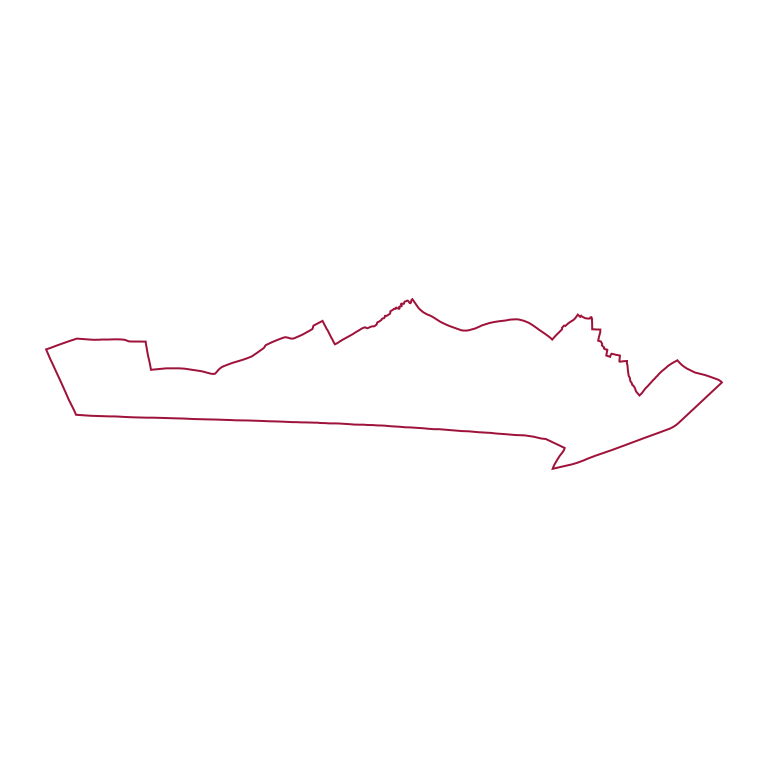 outline of Bang Kruai, Nonthaburi, Thailand
{"feature_id": "78962969B85979697822456", "entity_name": "Bang Kruai", "entity_type": "district", "adm_level": 2, "iso_a3": "THA", "parent_name": "Thailand", "parent_adm1": "Nonthaburi", "projection": "mercator", "projection_center": [100.434, 13.813], "detail": "fine", "context": "isolated", "style": "outline", "palette": "rose", "viewbox_px": 768, "rotation_deg": 0, "n_neighbors": 0, "source": "geoboundaries", "source_scale": "gbopen_adm2", "svg_char_len": 6010}
<svg xmlns="http://www.w3.org/2000/svg" viewBox="0 0 768 768"><path d="M420.1,309.6L418.4,307.8L417.6,306.7L415.8,304.1L412.4,299.2L411.7,299.8L411.5,300.1L411.3,300.6L410.9,302.5L410.6,303.0L410.3,303.2L410.0,303.2L409.8,303.1L409.3,302.5L408.9,302.0L408.1,300.9L407.9,300.7L407.7,300.6L407.2,300.6L406.1,301.2L405.0,301.5L404.7,301.7L404.3,302.2L404.2,302.4L404.1,303.4L404.0,303.6L403.8,303.8L403.5,303.9L403.1,303.9L401.6,303.6L401.4,303.7L401.1,303.9L401.0,304.2L401.0,304.5L401.7,305.6L401.7,305.8L401.7,306.0L401.3,306.3L399.8,306.5L399.4,306.6L399.2,306.8L399.1,307.0L399.5,307.9L399.5,308.1L399.5,308.4L399.3,308.7L399.0,308.8L398.7,308.7L397.9,308.3L397.1,308.3L396.9,308.1L396.4,307.7L396.2,307.6L395.7,308.0L395.6,308.6L395.5,308.8L395.0,308.9L394.1,308.8L393.9,308.9L393.6,309.1L392.9,309.8L391.4,310.7L390.7,311.0L390.4,311.3L390.3,311.6L390.3,312.7L390.2,313.2L390.0,313.6L389.6,314.0L386.8,315.8L386.3,315.9L385.2,315.8L384.9,315.9L384.8,316.1L384.8,316.9L384.7,317.3L384.5,317.7L384.3,317.9L383.9,318.2L382.9,318.4L382.1,318.8L381.8,319.1L381.5,319.8L381.3,320.0L378.9,321.7L378.6,321.9L377.9,322.1L377.6,322.3L377.2,322.7L377.0,323.1L376.7,324.5L375.2,325.6L374.6,326.1L374.0,326.3L372.6,326.3L370.9,326.7L367.6,328.2L367.0,328.2L366.2,327.9L365.3,327.4L364.9,327.3L362.8,328.1L361.7,328.6L358.9,330.4L356.2,331.9L354.7,332.9L353.0,334.0L344.0,339.0L341.8,340.2L340.8,340.9L339.9,341.4L338.5,342.4L337.3,343.1L335.0,344.3L334.5,343.6L334.0,342.8L332.5,339.7L331.4,337.8L330.5,336.1L327.6,330.2L326.5,328.7L325.6,326.7L324.4,324.7L323.6,322.9L322.5,320.9L319.3,322.6L313.8,325.5L313.6,325.6L313.3,326.0L312.9,327.7L312.6,328.5L312.4,328.8L312.3,329.1L311.7,329.5L303.1,334.3L300.8,335.4L294.8,338.0L293.8,338.4L293.1,338.6L291.2,338.6L290.7,338.5L288.0,337.7L286.1,337.3L285.5,337.2L284.4,337.4L282.5,338.0L278.2,339.6L272.0,342.2L268.8,343.7L266.3,344.9L265.7,345.3L265.4,345.5L265.2,345.8L264.4,347.3L263.8,348.0L257.1,352.8L254.0,354.9L251.8,356.4L250.1,357.1L247.3,358.2L245.4,358.9L241.4,360.2L232.1,363.0L223.4,366.3L220.9,367.7L218.8,369.5L215.3,373.5L214.3,373.9L211.3,373.8L206.0,372.4L203.2,371.6L200.8,371.1L184.8,368.7L178.6,368.3L166.7,368.3L151.0,369.8L150.8,368.6L149.9,363.9L148.8,358.9L148.1,356.1L147.3,351.7L145.8,343.0L145.7,341.6L131.7,341.5L129.1,341.4L128.1,341.1L126.6,340.5L125.4,340.0L124.8,339.8L120.3,339.4L115.0,339.3L109.2,339.5L101.5,339.5L100.2,339.7L94.3,339.8L90.3,339.6L76.8,338.6L76.3,338.8L68.4,341.4L57.1,345.4L50.8,347.8L47.0,349.1L46.1,349.4L47.1,351.7L49.0,356.1L50.1,358.8L52.2,363.1L57.9,375.5L59.7,379.3L65.7,392.6L68.5,399.1L74.1,410.3L75.6,413.8L76.1,414.8L91.5,415.8L109.9,416.4L114.1,416.4L119.0,416.6L125.5,417.0L132.9,417.3L147.8,417.7L154.1,417.7L177.8,418.4L185.2,418.6L192.5,419.0L208.0,419.4L217.2,419.6L231.9,420.1L235.6,420.3L248.6,420.5L257.6,420.8L262.9,421.0L269.5,421.3L275.3,421.4L283.5,421.7L291.7,422.1L295.1,422.1L302.3,422.4L305.2,422.4L316.1,422.7L317.5,422.7L320.3,423.0L324.9,423.1L327.7,423.3L329.7,423.4L334.7,423.4L339.0,423.5L346.8,424.0L351.3,424.3L354.7,424.6L363.7,424.7L367.7,425.0L373.3,425.1L376.9,425.4L384.0,425.6L391.4,426.3L398.8,426.7L405.6,427.3L410.0,427.4L423.8,428.3L428.5,428.8L434.2,429.2L439.4,429.2L462.1,431.1L468.6,431.3L478.3,432.2L487.1,432.7L490.9,432.9L495.9,433.5L500.1,433.8L504.5,434.1L515.1,435.0L524.9,435.4L533.6,436.7L541.1,438.5L545.8,439.0L564.7,448.0L564.2,449.5L563.7,450.4L563.3,451.2L562.0,453.0L559.6,456.0L557.1,460.0L554.4,464.7L553.2,467.3L552.7,468.8L559.5,467.2L571.8,464.4L574.9,463.5L577.5,462.7L584.2,460.2L586.6,459.1L588.6,458.3L594.9,455.9L599.8,454.2L612.0,450.0L631.4,442.8L644.8,437.8L658.6,432.8L666.4,429.9L669.7,428.7L671.7,427.7L673.4,426.8L675.1,425.7L676.4,424.8L678.1,423.4L705.2,398.1L707.4,396.0L720.8,383.5L721.9,382.4L721.0,381.5L720.0,380.8L719.0,380.1L717.7,379.5L715.8,378.8L712.5,377.6L705.3,375.1L702.9,374.5L700.1,373.8L694.9,372.5L686.8,368.5L684.4,366.9L682.2,365.3L680.3,363.5L678.5,361.6L677.4,360.3L671.8,363.4L668.8,365.4L667.7,366.2L666.3,367.5L663.3,370.0L661.8,371.2L659.2,373.7L657.3,375.9L655.7,377.4L654.6,378.8L653.3,379.9L650.4,383.2L649.0,384.7L647.4,386.5L645.5,388.3L643.9,390.4L642.5,392.3L642.0,393.0L639.5,395.5L637.0,392.6L636.0,391.3L635.6,390.3L635.1,388.6L634.6,387.8L634.5,387.2L634.0,386.6L633.7,386.2L633.4,385.9L633.1,385.4L632.7,385.2L632.4,385.1L632.1,384.4L631.9,383.5L631.8,383.2L630.3,381.0L629.9,378.3L629.8,377.7L628.8,376.1L628.6,375.6L628.6,375.2L628.0,371.1L627.4,364.9L626.9,363.4L626.9,363.1L627.0,362.4L627.0,361.0L623.8,361.2L620.7,361.6L619.8,361.7L619.6,361.6L619.4,361.3L619.5,359.6L619.9,356.0L620.0,355.6L619.9,355.5L615.9,354.8L611.8,353.7L611.5,353.8L611.2,354.1L610.5,355.5L610.1,356.8L606.3,355.5L607.0,351.4L607.4,349.9L607.1,349.6L605.6,349.4L605.2,349.3L604.0,348.6L604.0,348.4L604.2,347.8L604.1,347.4L603.6,347.0L603.2,346.6L602.2,345.7L601.9,345.4L602.2,344.1L602.2,343.9L600.9,341.6L600.7,341.4L598.2,340.7L598.9,337.1L600.2,332.4L600.3,331.7L600.3,329.5L596.8,329.5L596.0,329.4L592.2,329.3L592.2,327.3L592.1,322.2L591.9,319.2L592.1,319.0L591.7,318.0L591.4,317.2L590.4,317.4L590.3,317.6L590.4,318.2L589.6,318.5L588.8,318.6L587.5,318.5L585.2,318.2L583.1,317.1L582.6,317.0L582.0,316.6L581.1,315.7L580.1,316.8L577.8,314.6L575.8,317.4L575.1,318.4L573.6,319.8L572.5,320.6L572.3,320.7L571.6,321.0L570.7,321.7L569.7,322.3L568.2,323.4L565.4,325.9L565.3,326.0L564.3,325.6L564.1,325.6L562.2,327.5L562.1,327.8L562.1,329.1L561.7,329.6L558.7,332.7L556.4,334.9L554.2,337.3L552.2,339.6L550.7,338.1L548.6,336.4L544.0,333.1L539.4,330.0L536.0,327.5L532.8,325.3L530.0,323.5L528.5,322.7L525.4,321.4L523.2,320.6L518.8,319.5L518.0,319.4L515.8,319.3L510.3,319.6L505.5,320.5L498.7,321.3L494.3,322.0L489.5,323.0L482.9,325.1L482.1,325.3L479.7,326.5L475.1,328.5L468.6,330.3L466.4,330.6L463.0,330.5L462.0,330.4L460.9,330.1L449.1,325.9L445.5,324.3L441.3,322.3L439.7,321.4L434.6,318.1L432.3,316.7L430.0,315.5L427.6,314.6L426.5,314.1L423.2,312.2L421.1,310.5L420.1,309.6Z" fill="none" stroke="#9f1239" stroke-width="2"/></svg>